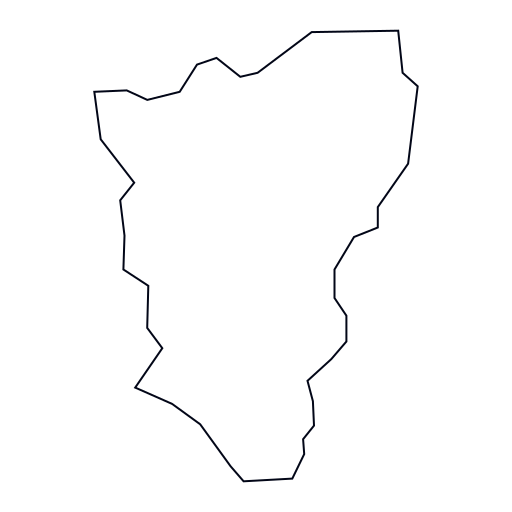 the district of Kolonjë, Korçë, Albania
{"feature_id": "67620474B91947048364679", "entity_name": "Kolonjë", "entity_type": "district", "adm_level": 2, "iso_a3": "ALB", "parent_name": "Albania", "parent_adm1": "Korçë", "projection": "natural_earth1", "projection_center": [20.638, 40.285], "detail": "fine", "context": "isolated", "style": "outline", "palette": "ink", "viewbox_px": 512, "rotation_deg": 0, "n_neighbors": 0, "source": "geoboundaries", "source_scale": "gbopen_adm2", "svg_char_len": 604}
<svg xmlns="http://www.w3.org/2000/svg" viewBox="0 0 512 512"><path d="M94.3,91.8L100.7,139.3L134.2,182.7L120.2,200.3L124.5,235.6L123.4,269.5L148.3,285.8L147.2,327.9L162.3,348.2L135.2,387.6L172.1,403.9L200.2,424.3L230.6,466.3L243.6,481.3L292.3,478.6L304.2,454.1L303.1,439.2L314.0,425.6L312.9,401.2L307.5,380.8L331.3,359.1L346.4,341.5L346.4,315.7L334.5,298.0L334.5,269.5L354.0,237.0L377.8,227.5L377.8,207.1L408.1,163.7L417.7,86.3L402.6,72.8L398.2,30.7L311.7,32.1L257.6,72.8L240.3,76.8L216.5,57.9L197.0,64.6L179.7,91.8L147.3,99.9L126.7,90.4L94.3,91.8Z" fill="none" stroke="#020617" stroke-width="2"/></svg>